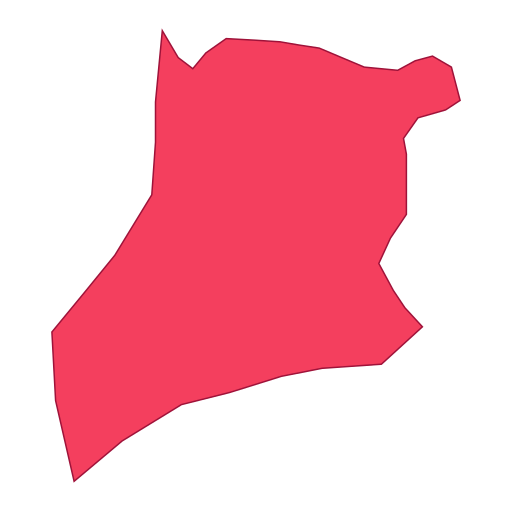 Agios Epifanios Soleas, Nicosia, Cyprus (Equal Earth projection)
{"feature_id": "46923920B95806905806103", "entity_name": "Agios Epifanios Soleas", "entity_type": "district", "adm_level": 2, "iso_a3": "CYP", "parent_name": "Cyprus", "parent_adm1": "Nicosia", "projection": "equal_earth", "projection_center": [32.871, 35.058], "detail": "fine", "context": "isolated", "style": "filled", "palette": "rose", "viewbox_px": 512, "rotation_deg": 0, "n_neighbors": 0, "source": "geoboundaries", "source_scale": "gbopen_adm2", "svg_char_len": 605}
<svg xmlns="http://www.w3.org/2000/svg" viewBox="0 0 512 512"><path d="M432.5,56.1L415.1,60.8L397.7,70.3L364.2,67.1L319.2,48.1L298.8,45.0L280.0,41.8L255.3,40.2L226.2,38.6L205.9,52.9L192.8,68.7L178.2,57.6L162.3,30.7L155.5,102.0L155.5,142.3L151.8,194.8L114.8,255.3L85.2,291.6L51.9,332.0L55.6,400.6L74.1,481.3L122.2,440.9L181.4,404.6L229.6,392.5L281.4,376.3L322.1,368.3L381.4,364.2L422.4,326.8L404.9,307.8L393.3,290.4L378.8,263.5L390.4,238.2L406.4,214.4L406.4,187.5L406.4,154.2L403.5,138.4L418.0,117.8L445.6,109.9L460.1,100.4L451.4,67.1L432.5,56.1Z" fill="#f43f5e" stroke="#9f1239" stroke-width="1.5"/></svg>